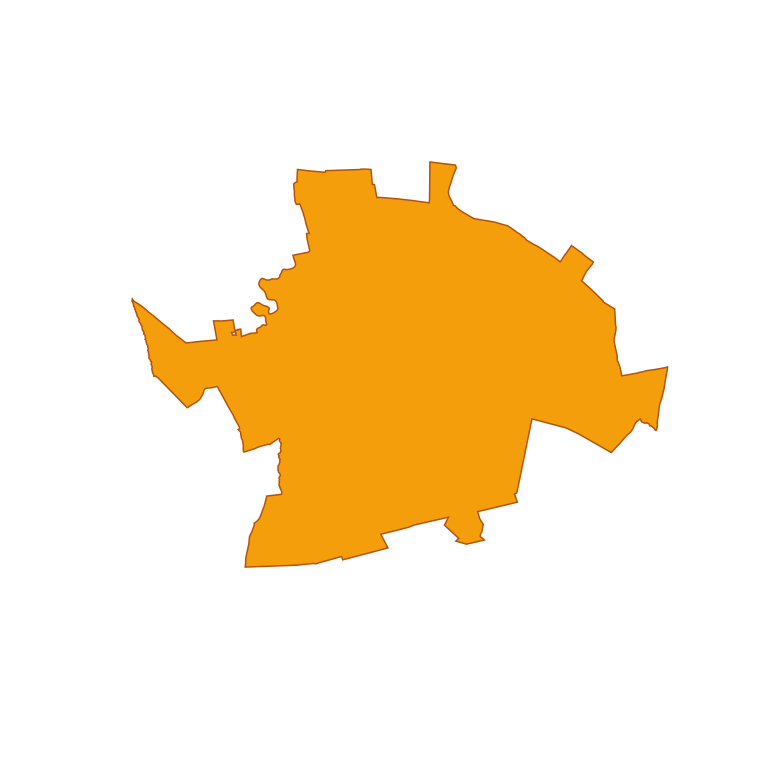 Rauseni, Botosani, Romania, rotated 208°
{"feature_id": "2599482B43071956951910", "entity_name": "Rauseni", "entity_type": "district", "adm_level": 2, "iso_a3": "ROU", "parent_name": "Romania", "parent_adm1": "Botosani", "projection": "natural_earth1", "projection_center": [27.226, 47.56], "detail": "fine", "context": "isolated", "style": "filled", "palette": "amber", "viewbox_px": 768, "rotation_deg": 208, "n_neighbors": 0, "source": "geoboundaries", "source_scale": "gbopen_adm2", "svg_char_len": 6159}
<svg xmlns="http://www.w3.org/2000/svg" viewBox="0 0 768 768"><g transform="rotate(208 384 384)"><path d="M646.1,340.9L645.8,339.8L645.4,338.8L644.3,338.3L642.9,337.1L641.5,335.1L640.7,334.8L639.9,334.1L639.3,333.1L638.8,333.1L637.1,331.3L636.5,331.0L636.2,330.7L636.1,330.3L635.5,329.8L634.4,329.3L634.4,328.8L634.3,328.5L633.8,328.3L633.6,327.9L631.5,326.9L631.2,326.5L630.4,326.0L630.3,325.3L629.8,324.4L628.9,323.7L627.7,323.3L625.8,321.8L624.6,321.2L623.4,319.1L621.5,317.6L620.7,317.4L619.8,316.3L619.8,315.8L619.6,315.3L618.4,315.1L617.8,314.7L615.9,312.2L615.9,311.2L614.7,311.0L613.5,309.2L612.9,308.5L612.0,307.7L610.6,306.8L610.1,305.9L609.7,305.4L609.1,305.1L608.8,304.7L608.5,303.1L608.1,302.4L607.3,302.0L606.2,300.4L605.2,299.6L604.9,298.7L603.7,296.5L601.5,295.4L600.8,294.6L599.8,294.6L599.0,292.9L599.0,292.2L598.8,292.0L596.8,290.4L596.7,289.9L596.3,289.5L596.2,288.5L595.9,288.0L595.6,287.6L595.1,287.4L594.7,286.6L594.1,286.1L594.0,285.7L593.6,285.3L591.8,284.1L591.0,282.8L589.4,283.7L588.6,283.7L587.6,283.4L586.5,283.4L546.7,270.7L546.1,271.3L544.3,274.9L541.4,279.5L540.7,280.7L539.5,283.8L539.2,285.8L539.2,290.0L539.4,291.7L540.1,294.5L540.0,295.2L539.0,296.6L538.1,297.4L533.7,300.4L530.2,303.5L529.9,303.5L511.0,291.0L502.5,285.7L500.1,283.7L491.6,278.2L490.5,276.4L491.3,275.3L488.6,274.4L487.7,273.7L486.5,271.8L485.7,271.2L485.7,270.9L485.4,270.3L484.2,268.9L482.8,268.2L480.4,265.1L478.6,262.4L478.4,261.6L476.5,258.5L475.6,258.2L468.4,265.5L465.5,269.2L459.8,274.8L457.6,276.6L456.6,276.9L451.4,286.6L450.2,286.6L449.8,285.0L447.9,283.6L447.1,283.8L446.9,282.8L446.3,282.1L445.6,279.3L445.2,278.5L444.2,277.4L443.7,276.8L443.3,274.5L444.0,273.8L444.4,272.4L444.1,271.9L443.1,271.5L442.7,270.0L442.2,269.6L440.4,268.7L440.3,268.0L440.0,267.2L439.3,266.4L439.2,265.9L439.2,265.0L438.9,263.6L439.2,262.0L438.6,261.2L438.3,260.4L437.7,259.4L437.2,259.0L437.2,258.1L436.6,257.7L435.8,256.6L434.7,256.4L433.9,256.0L432.5,254.5L432.8,253.0L432.7,252.1L432.1,251.1L431.3,250.5L431.1,249.2L430.2,248.1L429.6,245.9L428.9,245.4L428.7,244.9L427.4,244.2L426.9,243.2L425.9,242.9L425.4,242.2L423.6,240.8L422.7,238.5L434.9,230.0L433.5,224.6L432.9,221.7L432.4,219.6L432.1,216.8L431.3,211.5L431.0,208.1L431.1,205.4L431.9,202.8L433.3,200.2L432.4,198.9L431.9,195.8L431.3,191.4L431.2,186.4L428.2,179.1L424.4,165.7L422.3,161.3L420.6,157.2L380.7,180.3L376.2,183.0L362.5,192.1L359.3,193.6L357.4,195.7L340.4,211.9L338.0,209.3L303.6,241.1L316.3,249.8L295.1,269.0L291.1,273.7L264.6,296.6L264.3,287.7L245.6,282.8L246.8,279.0L236.0,281.3L222.2,293.3L224.2,294.0L226.0,294.1L227.5,294.6L228.3,296.5L228.2,299.3L230.4,306.6L236.3,310.0L241.4,315.3L210.8,342.3L217.3,348.3L215.6,350.1L237.0,422.7L202.7,430.7L188.7,431.3L151.2,430.2L147.7,442.9L146.6,448.1L145.2,453.6L144.1,456.0L143.7,457.2L143.2,462.1L143.6,465.4L143.6,467.8L143.2,469.5L142.2,471.4L141.8,472.5L141.3,472.7L141.4,473.3L140.0,472.5L139.4,471.9L138.6,471.6L135.6,471.7L134.3,472.5L134.2,472.9L131.9,473.2L131.3,473.2L130.6,472.5L129.4,471.8L128.9,472.3L128.4,472.4L124.8,471.8L122.8,470.6L122.1,470.8L121.9,471.0L122.5,474.0L122.8,475.0L125.2,479.4L127.6,486.4L130.2,492.7L130.9,495.1L132.6,503.8L134.6,511.5L137.2,518.9L140.7,530.0L141.7,532.2L143.3,530.5L152.1,523.6L158.2,519.2L161.3,516.3L163.9,514.2L165.3,512.7L177.8,502.9L184.2,510.3L186.7,512.4L187.3,513.2L188.5,513.7L189.3,514.6L191.3,518.3L194.0,521.6L196.1,523.9L201.6,530.7L204.1,539.1L204.8,541.1L205.7,542.8L207.6,545.3L213.6,555.4L214.8,557.1L215.4,558.5L228.0,559.3L228.9,559.5L229.3,560.0L231.4,560.7L245.8,564.9L258.2,567.9L257.7,569.6L258.1,571.4L258.1,573.4L258.3,574.5L258.0,577.0L258.2,577.7L256.4,587.7L256.4,590.0L266.5,591.5L271.0,592.7L273.7,592.9L283.5,594.3L283.6,592.2L284.4,586.6L284.2,586.0L284.9,583.5L285.7,574.5L292.1,575.7L311.9,577.6L320.1,577.6L325.8,578.0L329.1,579.3L331.1,579.4L334.2,580.1L337.3,580.3L349.0,581.8L354.9,580.4L362.0,579.0L382.4,572.2L394.9,572.7L400.6,573.3L405.1,574.7L406.5,574.3L409.9,577.1L414.6,580.4L415.8,581.6L417.1,583.3L417.7,584.8L419.0,589.8L419.0,591.2L419.4,593.4L420.1,596.6L420.9,601.1L421.6,608.7L423.7,610.8L447.7,601.6L431.0,569.4L429.7,566.7L429.2,565.2L446.2,558.9L459.3,553.7L473.5,547.6L476.5,546.2L477.8,545.3L479.5,547.3L486.0,555.6L487.3,555.2L488.0,554.7L496.2,567.3L501.6,564.9L505.4,562.8L505.4,562.4L535.6,545.0L535.3,543.3L551.5,536.5L561.1,532.8L557.6,525.2L555.6,521.6L556.7,520.7L557.7,518.3L554.5,513.2L553.6,512.2L552.9,510.7L552.3,509.8L552.2,509.3L548.1,503.4L545.7,501.4L542.7,503.4L534.8,496.4L534.6,496.1L534.7,495.9L532.8,494.2L526.9,487.6L520.9,481.8L523.0,480.5L520.1,476.1L512.5,467.3L512.2,466.4L512.3,465.5L513.1,464.5L523.9,455.7L524.8,454.8L518.9,449.0L518.2,447.9L517.9,447.1L517.9,445.3L518.8,443.6L521.3,440.9L523.8,439.2L526.6,438.2L527.2,436.8L526.8,434.2L527.0,431.5L526.4,429.3L526.6,428.2L527.4,426.9L528.8,425.8L531.7,424.6L532.3,424.2L533.8,422.3L535.0,421.4L537.0,420.6L541.0,420.2L541.7,419.5L542.1,417.9L542.2,416.2L542.1,415.2L541.8,414.3L541.0,413.0L539.7,411.9L537.8,411.0L533.8,410.0L532.3,409.3L527.8,405.1L526.6,404.5L525.8,404.4L524.8,404.6L520.5,406.7L519.0,406.6L517.8,406.1L516.9,405.5L516.1,404.6L514.5,402.5L513.3,401.4L513.1,400.8L513.0,399.2L513.6,397.3L515.3,394.4L517.1,392.6L518.0,392.2L518.7,392.2L519.2,392.6L520.4,394.7L520.4,396.3L520.7,396.9L521.4,397.3L523.5,397.6L526.9,396.8L528.3,396.7L532.2,397.0L533.8,396.5L534.3,396.0L534.9,394.8L535.5,392.3L536.9,389.8L537.0,389.1L536.8,388.5L536.4,387.9L535.6,387.3L534.4,386.5L529.6,385.1L527.7,385.1L525.8,385.6L523.1,387.6L522.1,388.0L521.0,387.9L519.9,387.2L518.1,384.2L515.9,381.9L515.5,381.0L515.8,380.5L516.3,380.2L517.9,379.8L518.8,379.2L519.3,378.3L519.8,376.3L521.5,374.0L521.9,373.2L521.9,372.3L521.3,370.7L520.1,369.8L521.6,368.6L525.4,366.3L532.1,359.0L536.3,365.2L538.8,363.4L538.4,362.9L540.6,361.5L540.0,360.6L537.4,357.9L540.6,356.0L542.8,357.9L539.9,360.1L547.3,369.7L556.5,363.7L564.2,359.7L552.2,344.5L567.4,334.6L576.3,328.4L578.3,327.3L586.4,328.8L590.1,329.3L600.5,332.1L607.2,333.3L620.3,336.1L626.3,337.1L627.3,337.5L634.7,339.0L638.8,339.4L643.6,339.6L646.1,340.9Z" fill="#f59e0b" stroke="#b45309" stroke-width="1.5"/></g></svg>